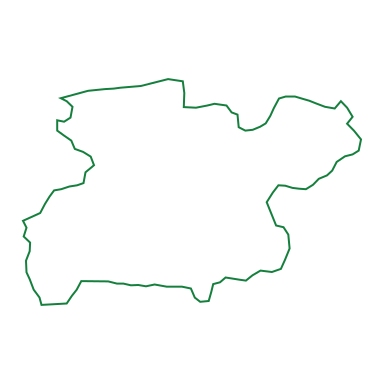 Modelo, Santa Catarina, Brazil
{"feature_id": "56859067B74216075276825", "entity_name": "Modelo", "entity_type": "district", "adm_level": 2, "iso_a3": "BRA", "parent_name": "Brazil", "parent_adm1": "Santa Catarina", "projection": "equal_earth", "projection_center": [-53.047, -26.775], "detail": "fine", "context": "isolated", "style": "outline", "palette": "green", "viewbox_px": 384, "rotation_deg": 0, "n_neighbors": 0, "source": "geoboundaries", "source_scale": "gbopen_adm2", "svg_char_len": 1502}
<svg xmlns="http://www.w3.org/2000/svg" viewBox="0 0 384 384"><path d="M60.8,98.2L66.7,101.2L72.5,106.8L70.5,117.6L64.1,121.7L57.2,120.3L57.2,130.6L63.8,135.4L71.3,140.6L74.8,148.9L83.1,151.9L90.7,156.6L94.0,165.2L85.5,172.3L83.5,183.1L77.1,185.3L69.4,186.5L61.2,189.2L54.1,190.4L49.6,196.5L45.0,203.9L40.2,213.0L23.0,220.8L26.5,227.7L23.7,236.5L30.1,242.6L29.7,251.2L26.0,260.7L26.5,272.3L29.7,279.2L33.7,289.7L39.5,297.5L41.5,304.9L66.7,303.5L71.9,295.8L76.7,289.7L81.3,281.1L108.2,281.4L117.0,283.6L123.4,283.6L130.9,285.3L138.3,285.0L146.0,286.3L154.6,284.5L166.9,286.7L174.1,286.7L182.1,286.7L190.9,288.5L194.8,297.6L200.2,301.8L208.7,301.0L211.2,292.2L213.2,284.1L220.0,282.3L225.6,277.5L232.0,278.5L239.5,279.7L245.9,280.6L252.5,275.3L260.5,270.6L271.9,272.0L280.9,268.9L285.0,259.8L289.6,248.5L288.3,234.6L283.5,227.2L276.1,225.5L266.7,202.2L272.8,192.6L278.4,185.3L285.2,185.7L292.5,187.9L299.1,188.7L305.9,189.2L313.0,184.8L318.8,178.8L327.0,175.4L332.2,170.6L336.7,161.9L345.0,156.3L352.6,154.4L358.7,150.6L361.0,139.4L353.9,130.6L347.1,123.7L352.6,116.8L347.1,107.7L340.9,101.2L334.7,108.5L325.0,106.8L316.0,103.4L309.2,100.7L303.3,99.0L294.9,96.5L285.8,96.5L279.0,98.5L273.8,108.2L270.3,115.9L265.7,123.4L260.2,126.7L252.7,129.8L245.3,130.6L238.7,127.2L237.5,114.6L231.6,112.4L226.5,105.5L214.5,103.8L207.4,105.5L196.0,107.7L183.8,107.1L184.3,93.0L182.8,81.3L168.1,79.1L140.8,86.0L120.5,87.7L113.7,88.6L105.0,89.1L88.1,90.8L60.8,98.2Z" fill="none" stroke="#15803d" stroke-width="2"/></svg>